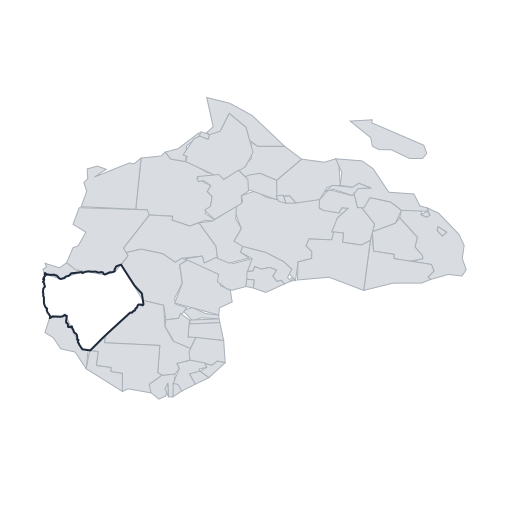 where Algeria sits in Africa, rotated 276°
{"feature_id": "DZA", "entity_name": "Algeria", "entity_type": "country or territory", "adm_level": 0, "iso_a3": "DZA", "parent_name": "Africa", "parent_adm1": "", "projection": "equal_earth", "projection_center": [1.791, 28.04], "detail": "fine", "context": "in_parent", "style": "outline", "palette": "slate", "viewbox_px": 512, "rotation_deg": 276, "n_neighbors": 49, "source": "natural_earth", "source_scale": "50m", "svg_char_len": 14344}
<svg xmlns="http://www.w3.org/2000/svg" viewBox="0 0 512 512"><g transform="rotate(276 256 256)"><path d="M333.5,268.6L357.1,291.2L356.4,314.1L361.0,325.1L357.3,328.6L335.1,332.4L331.9,319.7L318.7,313.3L313.9,302.3L312.9,290.1L319.3,283.2L317.9,269.8L333.5,268.6Z" fill="#d9dde1" stroke="#a8b0b8" stroke-width="1"/><path d="M144.8,100.5L144.5,109.1L130.5,108.8L130.1,123.5L126.0,124.0L125.4,135.4L107.3,137.3L126.1,98.9L144.8,100.5Z" fill="#d9dde1" stroke="#a8b0b8" stroke-width="1"/><path d="M312.9,290.1L318.7,313.3L309.7,314.4L307.5,334.0L313.0,336.3L313.1,342.7L302.2,332.9L280.0,329.7L278.5,306.9L271.2,304.8L266.3,311.1L259.4,311.6L254.4,298.4L235.9,297.9L242.3,290.1L246.7,292.9L253.1,284.3L260.5,265.5L264.5,237.5L268.6,232.5L281.8,238.5L296.3,231.1L304.0,231.2L308.8,237.0L314.6,235.1L321.2,249.5L315.5,259.3L312.9,290.1Z" fill="#d9dde1" stroke="#a8b0b8" stroke-width="1"/><path d="M368.0,273.1L365.2,246.0L370.3,237.3L382.9,232.6L395.0,214.5L376.3,207.4L370.9,199.1L373.3,193.8L380.1,199.9L408.5,190.4L405.1,214.1L395.4,237.4L368.0,273.1Z" fill="#d9dde1" stroke="#a8b0b8" stroke-width="1"/><path d="M357.1,291.2L333.5,268.6L338.6,251.4L333.8,237.2L339.5,229.6L352.3,241.1L369.1,239.2L365.2,246.0L368.0,273.1L357.1,291.2Z" fill="#d9dde1" stroke="#a8b0b8" stroke-width="1"/><path d="M291.1,213.2L287.7,210.5L286.1,208.8L286.3,202.0L278.8,187.0L283.0,168.6L286.8,169.0L285.5,143.2L290.5,143.1L289.9,131.5L341.4,131.5L345.6,151.3L349.9,154.9L343.5,161.1L342.1,181.2L333.9,198.8L333.1,210.4L326.8,189.1L321.2,203.7L315.0,200.8L310.6,206.1L300.7,205.7L293.1,200.9L288.0,210.8L291.1,213.2Z" fill="#d9dde1" stroke="#a8b0b8" stroke-width="1"/><path d="M285.6,145.6L286.8,169.0L283.0,168.6L278.8,187.0L283.1,195.7L261.6,215.2L249.7,218.0L243.6,205.2L250.3,202.6L246.1,182.6L241.3,176.4L248.5,163.0L250.8,140.9L245.8,126.5L250.0,123.3L285.6,145.6Z" fill="#d9dde1" stroke="#a8b0b8" stroke-width="1"/><path d="M250.9,432.0L253.0,429.2L259.7,434.6L265.9,431.3L267.0,410.3L270.7,422.1L273.7,421.5L281.5,413.2L291.5,414.4L309.1,394.8L316.7,395.8L318.9,408.0L317.8,416.5L314.4,415.8L312.4,421.6L314.7,424.7L321.6,421.6L317.8,433.0L298.9,455.4L288.2,461.9L275.0,461.4L264.3,466.5L257.6,462.9L257.8,449.3L250.9,432.0ZM304.1,434.1L300.3,433.5L295.3,439.3L299.6,443.1L304.1,434.1Z" fill="#d9dde1" stroke="#a8b0b8" stroke-width="1"/><path d="M304.1,434.1L299.6,443.1L295.3,439.3L300.3,433.5L304.1,434.1Z" fill="#d9dde1" stroke="#a8b0b8" stroke-width="1"/><path d="M316.7,395.8L303.2,391.3L292.3,369.3L300.1,370.5L315.0,356.1L326.0,363.3L323.8,384.4L316.7,395.8Z" fill="#d9dde1" stroke="#a8b0b8" stroke-width="1"/><path d="M309.1,394.8L291.5,414.4L281.5,413.2L273.7,421.5L270.7,422.1L267.0,410.3L267.8,393.4L272.1,393.2L273.1,372.4L292.3,369.3L303.2,391.3L309.1,394.8Z" fill="#d9dde1" stroke="#a8b0b8" stroke-width="1"/><path d="M267.8,393.4L265.9,431.3L259.7,434.6L253.0,429.2L250.9,432.0L246.4,423.6L243.3,394.9L233.0,366.7L291.6,368.4L273.1,372.4L272.1,393.2L267.8,393.4Z" fill="#d9dde1" stroke="#a8b0b8" stroke-width="1"/><path d="M107.3,181.0L103.5,174.3L110.4,164.0L117.3,163.2L127.6,174.9L130.2,187.9L107.3,188.2L106.7,183.7L120.0,181.6L107.3,181.0Z" fill="#d9dde1" stroke="#a8b0b8" stroke-width="1"/><path d="M130.2,187.9L127.6,174.9L129.9,170.4L157.0,169.7L153.9,114.4L160.5,114.3L195.2,145.0L195.3,148.7L200.1,148.1L197.5,169.3L176.7,172.8L163.6,181.8L157.3,200.3L145.5,201.3L140.8,188.7L136.2,191.5L130.2,187.9Z" fill="#d9dde1" stroke="#a8b0b8" stroke-width="1"/><path d="M107.3,137.3L125.4,135.4L126.0,124.0L130.1,123.5L130.5,108.8L144.5,109.1L144.8,100.5L160.5,114.3L153.9,114.4L157.0,169.7L129.9,170.4L127.6,174.9L117.3,163.2L108.9,165.9L110.5,142.6L107.3,137.3Z" fill="#d9dde1" stroke="#a8b0b8" stroke-width="1"/><path d="M193.4,225.1L189.6,225.8L188.8,207.8L184.8,199.7L194.0,189.1L198.3,198.1L193.5,211.5L193.4,225.1Z" fill="#d9dde1" stroke="#a8b0b8" stroke-width="1"/><path d="M245.8,126.5L250.8,140.9L248.5,163.0L241.3,176.4L246.1,182.6L244.3,187.7L239.4,181.0L221.4,185.6L205.5,179.4L199.6,181.4L197.4,192.6L185.9,185.5L183.1,173.1L197.5,169.3L200.1,148.1L233.3,123.0L242.8,128.6L245.8,126.5Z" fill="#d9dde1" stroke="#a8b0b8" stroke-width="1"/><path d="M193.4,225.1L200.7,180.1L221.4,185.6L239.4,181.0L246.1,190.0L233.9,220.7L222.6,223.9L219.4,234.0L207.7,237.1L200.7,225.0L193.4,225.1Z" fill="#d9dde1" stroke="#a8b0b8" stroke-width="1"/><path d="M245.7,185.4L250.3,202.6L243.6,205.2L250.3,216.4L246.2,234.3L252.9,252.4L224.6,249.1L219.4,235.7L220.5,229.8L226.6,220.3L233.9,220.7L245.7,185.4Z" fill="#d9dde1" stroke="#a8b0b8" stroke-width="1"/><path d="M185.3,196.6L189.6,225.8L186.0,227.0L181.1,198.3L185.3,196.6Z" fill="#d9dde1" stroke="#a8b0b8" stroke-width="1"/><path d="M181.4,196.4L186.0,227.0L168.5,232.7L168.3,196.8L181.4,196.4Z" fill="#d9dde1" stroke="#a8b0b8" stroke-width="1"/><path d="M145.5,201.3L153.7,199.4L168.7,204.7L168.5,232.7L146.7,236.5L147.4,228.4L142.8,223.8L145.5,201.3Z" fill="#d9dde1" stroke="#a8b0b8" stroke-width="1"/><path d="M120.5,187.0L136.2,191.5L140.8,188.7L145.5,201.3L144.3,216.4L140.1,218.7L137.7,211.3L134.4,212.5L131.8,202.3L122.2,209.1L114.0,196.3L120.5,187.0Z" fill="#d9dde1" stroke="#a8b0b8" stroke-width="1"/><path d="M107.3,188.2L120.5,187.0L120.2,191.7L114.0,196.3L107.3,188.2Z" fill="#d9dde1" stroke="#a8b0b8" stroke-width="1"/><path d="M143.6,216.4L142.8,223.8L147.4,228.4L146.7,236.5L130.1,221.9L135.6,212.1L140.1,218.7L143.6,216.4Z" fill="#d9dde1" stroke="#a8b0b8" stroke-width="1"/><path d="M122.2,209.1L131.8,202.3L135.6,212.1L130.1,221.9L122.2,209.1Z" fill="#d9dde1" stroke="#a8b0b8" stroke-width="1"/><path d="M157.3,200.3L162.4,183.2L176.7,172.8L183.1,173.1L185.9,185.5L191.0,186.8L185.3,196.6L168.3,196.8L168.7,204.7L157.3,200.3Z" fill="#d9dde1" stroke="#a8b0b8" stroke-width="1"/><path d="M304.0,231.2L290.7,232.0L281.8,238.5L268.6,232.5L264.1,241.7L258.2,240.3L253.2,249.2L246.1,229.9L249.7,218.0L261.6,215.2L283.1,195.7L286.1,208.8L304.0,231.2Z" fill="#d9dde1" stroke="#a8b0b8" stroke-width="1"/><path d="M264.1,241.7L260.5,265.5L253.1,284.3L246.7,292.9L237.9,289.7L234.7,293.4L231.1,287.0L234.5,283.6L232.8,279.6L237.7,274.7L244.1,277.8L246.1,271.0L243.5,262.7L245.4,255.6L240.9,254.9L240.0,249.2L252.9,252.4L258.2,240.3L264.1,241.7Z" fill="#d9dde1" stroke="#a8b0b8" stroke-width="1"/><path d="M231.9,249.2L239.4,248.8L240.9,254.9L245.4,255.6L243.5,262.7L246.1,271.0L244.1,277.8L237.7,274.7L232.8,279.6L234.5,283.6L231.1,287.0L220.8,269.6L223.9,256.8L232.0,256.5L231.9,249.2Z" fill="#d9dde1" stroke="#a8b0b8" stroke-width="1"/><path d="M224.6,249.1L231.9,249.2L232.0,256.5L223.9,256.8L224.6,249.1Z" fill="#d9dde1" stroke="#a8b0b8" stroke-width="1"/><path d="M318.7,313.3L329.6,321.3L326.2,345.5L328.5,347.0L314.8,351.9L315.0,356.1L300.1,370.5L283.4,368.1L277.9,359.5L278.7,340.6L287.9,340.7L287.8,328.8L302.2,332.9L313.1,342.7L313.0,336.3L307.5,334.0L308.3,318.2L310.9,313.7L318.7,313.3Z" fill="#d9dde1" stroke="#a8b0b8" stroke-width="1"/><path d="M327.6,318.6L334.2,324.2L334.5,344.7L339.2,350.8L335.6,363.8L333.8,350.8L326.2,345.5L330.5,326.4L327.6,318.6Z" fill="#d9dde1" stroke="#a8b0b8" stroke-width="1"/><path d="M335.1,332.4L348.0,332.6L361.0,325.1L361.7,351.3L355.1,363.3L333.3,381.4L334.2,406.6L323.1,413.7L321.6,421.6L318.3,421.5L316.7,395.8L323.8,384.4L326.0,363.3L315.2,358.3L314.8,351.9L328.5,347.0L333.8,350.8L335.6,363.8L339.2,350.8L334.5,344.7L335.1,332.4Z" fill="#d9dde1" stroke="#a8b0b8" stroke-width="1"/><path d="M318.3,421.5L314.7,424.7L312.4,421.6L314.4,415.8L318.3,421.5Z" fill="#d9dde1" stroke="#a8b0b8" stroke-width="1"/><path d="M234.7,293.4L237.9,293.1L235.9,297.9L234.7,293.4ZM236.5,299.8L254.4,298.4L259.4,311.6L266.3,311.1L271.2,304.8L278.5,306.9L280.0,329.7L288.2,330.7L287.9,340.7L278.7,340.6L277.9,359.5L283.4,368.1L233.0,366.7L242.5,331.0L236.5,299.8Z" fill="#d9dde1" stroke="#a8b0b8" stroke-width="1"/><path d="M318.1,277.5L319.3,283.2L312.9,290.1L311.6,280.1L318.1,277.5Z" fill="#d9dde1" stroke="#a8b0b8" stroke-width="1"/><path d="M400.0,335.5L403.6,357.3L400.5,357.3L383.7,411.3L376.0,415.1L370.5,411.6L369.0,398.8L375.8,379.3L374.6,367.4L377.3,360.3L385.7,357.7L400.0,335.5Z" fill="#d9dde1" stroke="#a8b0b8" stroke-width="1"/><path d="M106.7,183.7L114.6,179.3L120.0,181.6L106.7,183.7Z" fill="#d9dde1" stroke="#a8b0b8" stroke-width="1"/><path d="M221.6,84.0L212.9,63.1L216.2,47.7L220.5,45.5L223.4,48.9L226.7,46.9L223.7,61.8L229.5,68.4L221.6,84.0Z" fill="#d9dde1" stroke="#a8b0b8" stroke-width="1"/><path d="M342.6,176.1L343.5,161.1L349.9,154.9L354.5,167.2L372.6,186.4L369.4,187.3L358.4,175.5L342.6,176.1Z" fill="#d9dde1" stroke="#a8b0b8" stroke-width="1"/><path d="M126.1,98.9L141.6,86.1L143.3,71.5L153.5,63.0L157.8,54.1L173.1,57.3L176.4,73.2L145.1,92.3L144.9,98.9L126.1,98.9Z" fill="#d9dde1" stroke="#a8b0b8" stroke-width="1"/><path d="M341.4,131.5L289.9,131.5L286.8,77.0L302.8,80.9L311.0,77.1L315.5,80.6L325.0,79.0L328.8,88.6L326.6,98.0L317.7,87.1L335.3,120.3L335.0,125.1L341.4,131.5Z" fill="#d9dde1" stroke="#a8b0b8" stroke-width="1"/><path d="M285.6,75.2L290.5,143.1L285.6,145.6L250.0,123.3L242.8,128.6L225.9,117.7L221.5,107.9L223.4,78.1L229.5,68.4L245.2,73.2L247.4,78.1L261.9,84.3L268.4,70.7L285.6,75.2Z" fill="#d9dde1" stroke="#a8b0b8" stroke-width="1"/><path d="M395.0,214.5L382.9,232.6L358.8,242.2L343.5,236.0L328.7,215.9L342.6,176.1L347.8,177.3L348.9,172.9L365.8,181.9L369.4,187.3L367.2,196.2L371.8,197.0L376.3,207.4L395.0,214.5Z" fill="#d9dde1" stroke="#a8b0b8" stroke-width="1"/><path d="M369.4,187.3L373.8,188.2L371.8,197.0L367.2,196.2L369.4,187.3Z" fill="#d9dde1" stroke="#a8b0b8" stroke-width="1"/><path d="M333.5,268.6L314.1,271.0L321.5,240.0L333.8,237.2L336.0,241.4L338.6,251.4L333.5,268.6Z" fill="#d9dde1" stroke="#a8b0b8" stroke-width="1"/><path d="M317.9,269.8L319.4,276.7L311.6,280.1L312.8,272.7L317.9,269.8Z" fill="#d9dde1" stroke="#a8b0b8" stroke-width="1"/><path d="M319.7,241.7L314.6,235.1L306.8,236.2L288.0,210.8L296.3,200.1L300.7,205.7L310.6,206.1L315.0,200.8L321.2,203.7L325.6,196.1L323.9,190.7L328.9,189.5L333.1,210.4L328.7,215.9L339.5,229.6L331.1,240.0L319.7,241.7Z" fill="#d9dde1" stroke="#a8b0b8" stroke-width="1"/><path d="M216.8,47.7L216.9,48.0L216.9,48.3L216.6,48.5L216.3,48.7L216.0,49.4L215.5,49.8L215.4,50.0L215.8,50.3L215.9,50.5L216.0,50.8L215.8,51.7L215.8,52.5L215.6,53.5L215.7,53.8L215.8,54.3L216.0,54.6L216.0,55.0L216.0,56.0L216.2,56.5L216.4,57.1L216.0,57.7L215.9,58.3L215.8,59.1L215.8,59.6L215.6,60.1L215.3,60.5L215.0,60.8L214.6,61.1L214.2,61.4L213.8,62.2L213.0,62.9L212.9,63.2L212.8,63.7L212.9,64.5L213.0,65.2L213.4,66.1L213.8,67.1L213.9,67.6L214.0,67.8L214.5,68.2L215.3,68.6L215.5,68.8L215.9,69.5L216.3,70.8L216.5,71.6L217.2,72.3L218.0,72.9L218.6,73.5L219.4,74.0L219.5,74.2L219.8,75.5L220.0,76.7L220.3,78.1L220.7,79.5L221.0,81.1L221.2,82.0L221.5,83.2L221.8,84.5L221.3,84.8L220.9,85.1L221.2,85.8L221.9,86.9L222.3,87.8L222.5,88.2L222.8,89.3L223.1,90.4L223.2,90.7L223.3,91.6L223.2,93.9L223.5,96.8L223.8,98.3L223.4,99.6L223.1,100.8L223.2,101.5L223.4,102.5L223.6,103.2L223.8,103.6L223.8,104.8L223.7,105.3L223.0,105.9L222.2,106.5L222.0,107.0L221.9,107.6L222.0,108.0L222.6,109.0L223.5,110.6L224.5,112.2L224.6,112.7L224.6,113.9L225.1,115.4L225.5,116.0L225.7,116.5L226.0,116.8L226.3,117.1L226.5,117.1L227.5,116.7L229.4,117.4L231.1,118.1L231.6,119.1L232.3,120.5L232.8,121.7L233.2,122.7L231.0,124.5L228.8,126.2L226.6,128.0L224.4,129.8L222.2,131.5L220.0,133.3L217.8,135.1L215.6,136.9L214.1,138.1L213.1,139.1L212.0,140.4L210.8,141.7L210.0,142.7L208.8,144.1L208.3,144.7L207.0,146.2L206.6,146.5L204.9,146.9L203.3,147.3L201.9,147.7L200.9,147.9L200.0,148.2L198.6,148.5L197.6,148.8L196.5,149.0L196.4,149.1L196.2,149.1L195.7,148.9L195.4,148.6L195.1,148.4L195.1,148.1L195.2,147.8L195.4,147.4L195.4,147.2L195.6,147.0L195.7,146.8L195.7,146.6L195.6,146.2L195.5,145.7L195.5,144.8L195.5,144.5L195.5,144.4L195.2,144.0L194.6,143.6L194.0,143.4L193.8,143.3L193.1,143.2L192.3,143.0L192.0,142.8L191.5,141.9L191.2,141.7L189.9,141.6L189.5,141.4L189.2,141.2L188.9,140.9L188.7,140.5L188.6,140.1L188.5,139.9L187.1,139.0L186.8,138.7L186.6,138.4L186.6,137.9L186.6,137.4L186.6,136.9L186.5,136.7L185.9,136.2L184.5,134.9L183.0,133.7L181.6,132.4L180.2,131.2L178.8,129.9L177.4,128.7L176.0,127.4L174.6,126.2L173.2,125.0L171.8,123.7L170.4,122.5L169.0,121.2L167.6,120.0L166.2,118.8L164.8,117.5L163.4,116.3L162.2,115.3L160.9,114.2L160.0,113.4L159.0,112.6L158.0,111.7L157.4,111.2L156.6,110.6L155.8,109.9L155.0,109.3L154.2,108.7L153.4,108.0L152.6,107.4L151.8,106.8L151.0,106.1L150.3,105.5L149.5,104.9L148.7,104.2L147.9,103.6L147.1,103.0L146.4,102.3L145.6,101.7L144.8,101.1L144.8,99.9L144.9,99.0L144.9,97.6L144.9,96.4L145.0,95.2L145.0,94.4L145.0,93.5L145.1,93.1L145.6,92.7L146.3,92.1L146.5,91.8L146.9,91.5L148.0,90.6L148.3,90.4L149.4,89.4L149.6,89.3L150.2,89.2L150.5,89.0L150.8,88.6L151.3,88.2L151.6,87.9L151.9,87.9L152.9,88.0L153.3,88.1L153.8,88.2L154.0,88.1L154.3,87.7L154.4,87.3L154.4,87.0L154.4,86.8L154.5,86.8L154.8,86.8L155.1,86.8L155.7,86.8L155.9,86.8L156.5,86.7L157.5,86.5L158.3,86.2L158.9,86.0L159.6,85.4L160.1,84.8L160.6,83.9L161.0,83.2L161.8,82.7L162.5,82.4L162.8,82.3L163.7,81.9L164.5,81.2L165.2,80.7L165.7,80.6L166.3,80.5L166.5,80.4L166.7,80.2L166.7,79.8L166.5,79.6L166.2,79.4L165.9,79.3L165.8,79.1L165.9,78.8L165.9,78.5L166.0,78.2L166.0,77.8L165.8,77.3L165.8,77.0L165.8,76.7L166.1,76.4L166.4,76.3L166.8,76.4L167.5,76.3L169.3,75.5L169.4,75.3L169.5,74.8L169.7,74.4L169.9,74.2L170.0,74.2L170.5,74.1L171.4,73.9L171.7,73.9L172.6,74.0L173.2,74.0L174.3,74.0L175.1,74.1L175.7,74.1L176.6,74.1L176.8,74.0L176.8,73.7L176.6,73.1L176.7,72.8L177.0,72.4L177.5,72.0L177.3,71.6L177.0,71.3L176.5,70.9L176.3,70.7L175.9,70.3L175.6,69.8L175.5,68.7L175.2,68.1L175.0,67.4L175.2,66.0L174.9,65.2L174.9,64.8L174.9,64.4L175.0,63.7L174.9,62.7L174.6,61.6L174.8,61.3L174.8,61.1L174.8,60.9L174.5,60.6L174.4,60.3L174.4,60.0L174.6,59.7L174.1,59.1L173.2,58.3L173.0,58.0L172.9,57.6L173.7,57.7L174.1,57.7L175.1,57.2L175.9,56.5L176.5,56.2L177.1,55.5L177.6,55.0L178.3,54.5L180.3,53.5L180.6,53.5L181.2,53.7L181.8,53.7L182.2,53.3L182.6,52.4L183.3,51.9L184.1,51.3L185.2,50.8L186.0,50.4L187.1,50.0L190.1,49.7L191.6,49.5L192.6,49.5L193.6,48.8L194.1,48.5L196.3,48.5L197.4,47.9L201.4,47.9L201.8,48.1L202.3,48.4L203.1,49.1L203.5,49.3L204.1,49.1L205.3,48.5L206.7,48.1L207.4,47.7L207.7,47.1L208.3,46.9L208.7,47.4L210.1,47.8L211.0,47.7L211.4,47.6L211.2,46.9L212.2,47.1L212.9,47.4L213.7,48.0L214.1,48.2L215.0,47.9L216.8,47.7Z" fill="none" stroke="#1e293b" stroke-width="2"/></g></svg>